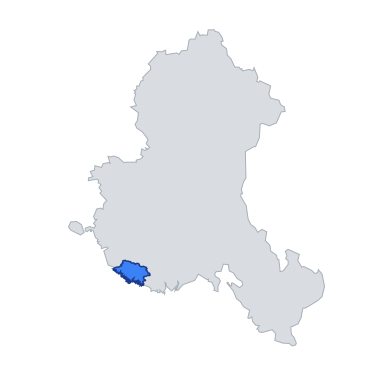 location of Fujian within China, rotated 86°
{"feature_id": "CHN-1178", "entity_name": "Fujian", "entity_type": "Province", "adm_level": 1, "iso_a3": "CHN", "parent_name": "China", "parent_adm1": "", "projection": "equal_earth", "projection_center": [118.681, 25.949], "detail": "fine", "context": "in_parent", "style": "filled", "palette": "blue", "viewbox_px": 384, "rotation_deg": 86, "n_neighbors": 0, "source": "natural_earth", "source_scale": "10m", "svg_char_len": 9480}
<svg xmlns="http://www.w3.org/2000/svg" viewBox="0 0 384 384"><g transform="rotate(86 192 192)"><path d="M209.7,291.9L202.3,288.2L201.7,284.2L203.1,282.0L197.7,280.9L194.6,277.7L186.7,283.9L184.9,282.0L181.1,284.6L178.3,282.2L176.2,285.1L173.8,284.3L172.6,286.1L173.5,294.6L170.7,294.3L169.9,289.9L164.4,292.1L163.3,287.8L159.0,286.9L161.2,280.6L157.6,278.8L156.8,273.3L157.8,271.7L150.5,273.3L151.4,270.8L150.6,267.8L152.5,263.0L157.6,258.3L158.3,245.3L156.3,245.5L155.5,241.0L153.2,238.3L151.1,240.5L145.3,239.0L147.2,236.4L146.6,234.2L144.8,235.2L146.2,232.7L144.5,231.2L140.7,234.3L136.5,232.2L128.4,237.4L124.6,242.5L120.6,244.1L116.9,241.5L109.2,239.9L102.9,247.3L101.9,241.4L96.0,243.5L90.6,241.3L89.3,242.6L87.9,241.2L86.9,242.8L85.4,240.0L82.3,239.7L82.7,237.6L77.7,235.2L77.3,232.9L74.4,233.2L66.7,224.6L63.3,224.6L61.2,226.8L51.4,216.6L49.4,217.4L50.0,212.5L48.7,208.4L53.2,208.5L52.2,197.4L53.9,195.3L50.5,192.8L50.2,186.8L40.4,184.4L39.3,182.7L39.7,178.4L32.4,174.9L36.8,173.1L35.9,171.6L36.7,165.9L31.4,164.5L31.7,158.6L33.4,157.7L34.5,154.4L39.6,151.3L43.7,150.4L43.8,152.6L47.3,152.3L51.4,147.6L57.9,147.2L61.8,143.9L70.3,140.6L70.8,136.3L73.0,134.9L72.4,133.8L74.7,133.0L73.7,126.6L75.2,122.5L72.3,121.4L82.3,118.3L86.3,119.8L87.1,117.8L85.8,116.7L91.6,106.2L100.0,108.5L103.9,107.0L106.5,98.9L111.1,97.5L113.5,94.0L118.2,93.5L118.3,97.4L129.0,103.0L131.4,110.3L128.4,117.1L129.2,119.3L142.5,121.0L151.3,125.4L151.0,127.0L155.4,136.0L182.0,137.2L185.2,139.8L193.1,142.6L197.3,141.7L197.2,143.2L199.7,143.7L209.4,138.9L222.9,137.9L228.6,135.6L231.9,131.7L236.8,129.2L234.2,124.8L236.9,120.2L245.5,122.3L250.6,118.0L256.4,117.6L261.0,112.1L264.9,111.6L265.4,110.1L277.7,109.6L276.9,106.4L270.8,101.0L267.1,101.0L265.0,103.2L262.1,101.8L257.7,103.0L255.9,100.1L261.8,89.3L267.7,91.3L274.6,87.8L274.1,85.7L278.5,78.2L281.8,75.2L281.3,72.3L278.3,71.4L282.8,68.0L295.4,66.4L305.3,69.5L308.8,73.6L315.7,86.9L315.6,89.5L325.4,92.1L330.9,95.4L333.7,102.9L341.1,102.8L344.3,100.3L349.9,98.5L351.8,99.3L352.6,102.8L349.9,105.5L349.0,112.3L345.8,119.7L339.2,118.4L335.0,121.6L337.0,131.5L336.3,134.7L333.0,135.9L333.6,137.2L330.1,134.1L329.3,137.8L325.4,140.6L320.8,141.0L322.2,143.6L321.6,145.1L314.0,142.8L310.3,148.4L304.6,151.5L301.4,155.2L293.9,157.5L285.0,163.6L284.7,162.3L287.7,160.9L288.5,159.0L285.6,159.0L285.5,157.9L290.7,151.2L288.4,147.9L284.9,148.4L281.3,153.1L275.5,156.4L273.3,160.4L266.9,160.8L266.2,165.8L273.1,168.5L273.2,173.5L275.0,174.9L277.6,174.8L280.2,171.1L282.9,169.9L287.7,172.6L293.2,173.0L291.5,177.1L289.3,176.2L283.3,178.5L282.4,182.1L279.9,181.6L280.4,183.2L274.4,191.4L280.4,195.5L283.7,207.4L289.2,213.0L288.9,214.4L281.9,211.4L279.3,212.7L283.0,212.3L289.3,219.2L284.1,224.2L281.6,224.2L280.2,225.3L286.1,224.8L290.8,228.1L287.6,230.9L290.2,230.9L289.9,233.6L287.3,233.6L288.6,234.9L287.5,237.3L288.3,239.9L285.6,239.6L283.4,242.0L279.5,252.5L276.9,251.3L278.6,254.7L276.2,256.9L274.3,256.4L277.1,257.3L277.1,261.9L274.6,261.5L275.2,263.2L273.4,263.3L271.6,267.8L266.9,269.0L268.1,270.7L264.2,275.8L261.6,275.3L259.0,280.7L244.8,284.1L242.0,279.5L240.9,281.0L242.1,286.3L239.4,286.4L236.5,289.8L235.2,288.2L234.8,290.1L232.8,289.2L230.8,291.5L223.8,293.2L222.3,296.3L224.3,299.6L223.3,301.3L220.6,300.8L219.4,296.5L221.1,292.1L219.0,290.5L216.5,292.5L212.7,288.8L212.8,290.9L209.7,291.9ZM225.0,302.5L227.1,306.3L221.4,315.8L218.2,317.6L213.4,315.1L213.4,309.1L216.9,304.5L225.0,302.5ZM289.4,216.0L287.5,215.6L285.8,213.7L287.2,214.0L289.4,216.0ZM291.9,226.6L290.5,227.0L290.1,226.0L291.9,226.6ZM278.3,260.4L277.6,261.6L277.7,260.0L278.3,260.4ZM223.0,295.8L224.4,295.2L224.3,296.1L223.0,295.8Z" fill="#d9dde1" stroke="#a8b0b8" stroke-width="1"/><path d="M281.5,247.4L281.6,248.4L281.3,247.9L281.2,247.8L280.9,247.8L281.0,247.5L280.9,247.4L281.0,247.3L280.5,247.3L280.6,247.5L280.3,247.4L280.2,248.0L280.7,247.7L280.9,248.0L281.2,247.8L281.3,248.1L281.2,248.3L281.3,248.3L281.6,248.6L281.3,248.6L281.5,248.6L281.3,248.7L281.5,248.9L281.4,248.9L280.6,248.7L280.8,249.2L280.7,249.1L280.4,249.4L280.6,249.4L280.7,249.7L280.1,249.8L280.6,249.9L280.5,250.3L279.9,250.2L279.8,250.5L279.4,250.4L279.5,250.5L279.4,250.9L280.0,251.2L279.8,251.6L280.1,251.8L279.8,252.0L280.0,252.4L279.7,252.6L279.7,252.4L279.3,252.6L279.0,252.6L278.9,253.0L278.6,253.3L278.3,253.2L278.4,252.7L279.1,252.3L279.1,252.2L279.3,251.8L279.7,251.3L279.6,251.2L278.8,251.3L278.9,251.5L278.6,252.1L278.7,252.3L278.4,252.3L278.3,251.8L278.0,252.1L278.1,251.5L278.3,251.3L278.0,251.3L278.1,251.1L278.3,250.8L278.0,251.0L277.8,251.7L277.7,251.6L277.6,251.1L277.4,251.1L277.4,251.5L277.7,252.0L277.1,251.6L277.0,251.2L276.7,251.6L276.7,251.9L277.0,252.0L277.0,252.4L276.6,252.3L277.0,252.9L277.4,252.6L277.7,252.6L277.7,252.8L278.0,252.9L277.9,253.2L278.1,253.4L278.0,253.5L278.2,253.8L278.0,254.1L277.9,254.2L277.3,253.5L276.8,253.8L276.8,254.0L277.2,254.0L277.3,254.6L277.5,254.7L277.4,254.9L277.8,254.8L277.8,254.5L278.2,254.0L278.4,254.3L279.0,254.5L278.5,254.9L278.1,254.9L278.1,255.1L277.9,255.0L277.3,255.2L277.2,255.3L277.4,255.4L277.4,255.6L277.0,255.9L277.0,256.2L276.7,256.3L276.2,257.4L275.9,257.2L275.1,256.9L274.8,256.5L274.1,256.2L274.4,256.6L274.7,256.6L275.0,257.5L275.4,257.7L276.1,257.6L276.5,256.9L276.8,256.9L277.5,257.3L277.4,257.9L277.1,258.1L277.0,258.5L276.9,258.2L276.8,258.3L277.1,259.1L276.9,259.7L276.6,259.5L276.1,259.7L276.4,260.6L276.7,260.6L276.9,260.5L276.9,260.9L276.8,261.0L277.0,261.0L276.8,261.2L277.0,261.2L277.1,261.4L277.1,261.6L277.2,261.9L277.1,262.1L277.3,262.2L276.9,262.3L277.0,262.1L276.8,261.4L276.6,261.4L276.6,261.7L276.7,261.8L276.7,262.0L276.3,262.1L276.4,261.3L276.2,261.3L276.1,261.6L276.0,261.4L276.1,261.1L275.6,260.9L275.7,260.4L275.6,260.5L275.5,260.3L275.3,260.3L275.1,260.6L274.9,261.2L274.1,261.7L274.5,262.4L274.7,262.2L274.8,262.5L274.6,262.7L274.7,262.9L274.9,262.4L275.1,262.4L275.5,262.9L275.5,263.1L275.2,263.1L275.2,263.5L274.9,263.5L274.6,263.6L274.4,263.2L274.2,263.3L274.1,263.5L274.4,263.9L274.1,263.9L274.1,264.1L273.9,264.0L274.0,263.8L273.9,263.7L273.8,264.0L273.7,263.9L273.9,263.3L273.4,263.2L273.7,262.8L272.8,263.1L273.0,263.3L273.1,263.6L273.3,263.4L273.4,263.5L273.2,264.1L272.7,264.2L272.7,264.4L273.3,264.9L273.6,264.5L273.5,265.0L273.5,265.3L273.7,265.2L273.4,265.4L273.0,265.3L273.0,265.6L273.2,265.8L273.4,265.7L273.3,265.9L272.4,265.8L271.9,266.1L272.0,265.7L271.8,265.4L271.8,265.7L271.7,265.3L271.5,265.6L271.7,265.9L271.1,265.8L271.3,266.0L271.5,266.7L271.8,266.4L272.0,266.7L271.8,267.5L271.6,267.3L271.5,267.8L271.6,268.1L271.4,268.4L271.0,268.6L271.0,268.4L270.3,267.8L270.3,267.2L270.1,267.4L270.2,267.8L269.8,268.1L269.5,268.0L269.1,268.4L268.9,268.2L269.1,267.9L268.8,267.8L268.9,267.6L268.7,267.3L268.5,268.1L268.1,267.9L268.0,268.3L267.8,268.3L267.9,268.1L267.7,268.4L268.2,268.6L267.8,269.0L268.0,269.2L267.1,268.8L266.8,268.9L267.3,269.1L266.6,269.0L267.3,269.6L268.1,269.5L267.9,270.1L268.3,270.0L268.5,270.6L268.2,270.6L267.8,271.1L267.7,271.4L267.5,271.0L267.3,271.2L267.5,271.4L267.2,271.9L267.2,272.4L266.9,272.4L266.4,273.3L266.3,273.2L266.7,272.4L266.5,272.5L266.5,272.1L266.4,272.3L266.2,272.3L265.9,272.1L266.1,272.3L266.1,273.0L265.8,273.3L265.7,273.8L265.7,274.2L265.5,274.6L265.5,273.7L265.4,273.4L264.5,273.0L264.4,273.3L264.8,273.3L264.9,273.6L264.7,274.2L264.6,274.3L264.3,274.2L263.9,274.4L263.7,274.3L263.8,274.4L263.6,275.3L263.4,275.6L263.4,275.0L263.3,275.5L263.1,275.6L262.3,274.6L261.6,272.0L261.9,271.0L261.4,269.6L261.2,269.3L261.1,268.9L260.7,268.5L260.8,267.5L260.2,267.5L259.3,267.9L258.5,266.2L257.9,266.4L257.8,266.1L257.0,266.1L256.6,265.7L255.7,265.6L255.6,265.3L255.8,264.9L255.5,263.4L255.8,263.2L256.3,262.4L256.4,261.1L256.7,260.5L256.6,260.1L257.1,259.1L257.3,259.0L257.2,258.3L257.5,258.0L258.3,257.6L258.7,256.8L258.8,256.3L258.7,255.1L259.4,254.2L259.7,254.4L259.9,254.2L260.0,253.5L259.7,253.4L259.6,253.0L259.4,252.0L259.6,250.6L260.3,249.8L261.8,249.5L262.4,248.9L263.1,247.5L262.9,247.1L262.9,246.4L262.8,245.5L263.5,244.2L263.8,243.8L263.9,243.1L264.2,243.1L265.2,242.3L265.7,243.2L266.4,243.5L266.7,243.3L266.7,242.8L266.8,242.6L267.6,242.3L268.3,242.3L268.7,241.8L269.9,241.4L270.0,240.8L269.9,240.5L270.2,240.1L270.4,239.9L270.8,240.1L271.2,239.9L271.7,239.9L272.0,239.7L272.4,240.4L272.2,240.7L272.3,241.1L272.1,241.3L272.1,242.3L272.5,242.8L272.9,244.2L272.9,244.5L273.1,245.5L272.9,245.7L273.0,246.0L274.1,246.1L274.4,246.5L275.0,246.5L275.6,245.8L276.1,245.7L276.5,244.7L277.0,244.6L277.1,244.8L277.0,245.1L277.4,245.8L277.4,246.5L277.9,247.3L278.8,247.2L279.1,247.0L279.5,247.1L280.0,246.6L280.5,246.6L281.2,246.9L281.5,247.4ZM278.4,260.8L278.2,260.8L278.1,261.0L278.4,261.4L278.0,261.5L277.9,261.8L277.5,261.6L277.6,261.2L277.4,261.2L278.0,260.9L277.7,260.9L277.7,260.4L277.6,260.5L277.5,260.4L277.9,259.9L278.0,259.9L278.1,260.3L278.3,260.4L278.2,260.5L278.5,260.7L278.4,260.8ZM264.2,274.4L265.1,274.6L264.9,274.8L264.8,275.2L264.5,275.3L264.5,275.8L263.9,275.9L264.3,275.1L264.0,275.0L264.2,274.7L264.2,274.4ZM268.4,268.3L268.9,268.5L268.9,268.8L268.6,269.3L268.2,269.1L268.4,268.9L268.2,268.8L268.4,268.3ZM275.0,256.9L275.8,257.3L275.9,257.5L275.7,257.5L275.0,257.3L274.7,256.5L275.0,256.9ZM275.5,260.6L275.5,261.6L275.2,261.7L275.2,261.2L275.3,260.7L275.5,260.6ZM276.5,263.3L276.8,263.4L276.6,263.7L276.5,263.4L276.2,263.4L276.1,263.2L276.5,263.3ZM277.0,256.3L277.2,256.7L277.1,256.8L276.7,256.6L277.0,256.3ZM281.1,250.1L281.2,249.9L281.4,250.2L281.1,250.1Z" fill="#3b82f6" stroke="#1e3a8a" stroke-width="1.5"/></g></svg>